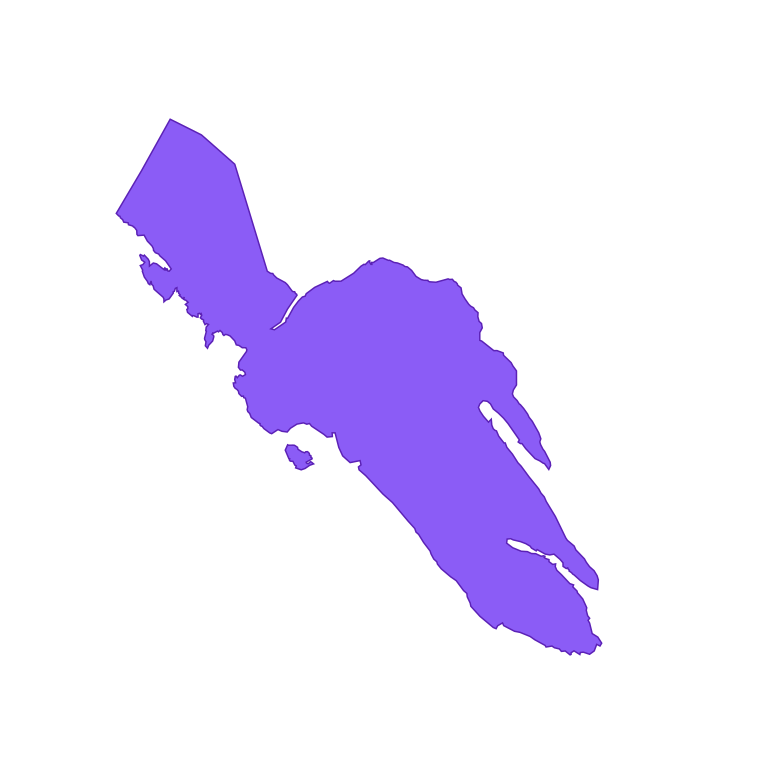 the district of Lyngen nor, Troms, Norway, rotated 128°
{"feature_id": "86288312B24921561512033", "entity_name": "Lyngen nor", "entity_type": "district", "adm_level": 2, "iso_a3": "NOR", "parent_name": "Norway", "parent_adm1": "Troms", "projection": "albers", "projection_center": [20.09, 69.689], "detail": "fine", "context": "isolated", "style": "filled", "palette": "violet", "viewbox_px": 768, "rotation_deg": 128, "n_neighbors": 0, "source": "geoboundaries", "source_scale": "gbopen_adm2", "svg_char_len": 6139}
<svg xmlns="http://www.w3.org/2000/svg" viewBox="0 0 768 768"><g transform="rotate(128 384 384)"><path d="M307.0,715.5L365.2,706.4L414.4,700.0L414.9,696.5L414.4,695.3L415.3,694.1L415.4,691.1L416.7,688.7L414.5,684.9L415.8,683.4L414.2,679.3L414.5,678.1L414.2,677.2L415.2,673.4L418.2,670.8L418.6,669.3L414.4,664.7L417.1,658.4L418.1,651.7L419.3,649.1L420.6,647.9L421.3,645.0L420.3,641.6L421.0,639.5L421.4,632.0L424.3,622.5L427.3,622.7L428.0,623.7L426.8,625.8L427.6,626.8L427.4,628.2L428.2,628.2L428.5,626.1L429.3,627.3L429.3,637.2L430.7,640.3L435.5,641.4L432.0,644.2L430.8,646.7L430.0,652.2L431.2,652.2L432.0,655.7L433.0,655.6L435.5,651.3L435.3,647.5L438.3,647.5L440.7,649.0L442.8,644.3L443.9,643.9L447.3,638.7L448.8,633.6L450.0,631.5L449.9,629.6L446.2,631.0L448.5,628.4L448.7,626.5L450.9,623.5L451.6,611.5L452.4,609.9L454.7,608.0L452.0,607.5L449.3,605.7L442.2,606.0L441.2,606.8L440.0,606.3L437.1,607.3L435.6,606.5L438.7,604.1L437.4,603.1L438.9,601.6L439.3,599.6L440.3,599.8L440.4,596.7L440.7,596.0L440.5,594.9L438.4,594.8L440.6,594.1L440.4,592.6L440.0,591.9L440.2,588.7L443.6,589.5L443.8,586.3L445.5,584.9L446.6,585.3L448.5,582.9L448.7,576.7L447.9,576.9L447.2,575.7L446.5,572.6L445.8,571.7L443.1,573.8L441.7,572.7L442.2,571.6L441.1,571.4L442.1,569.9L444.9,569.5L445.1,567.6L444.7,566.8L444.7,565.5L445.7,565.0L447.4,561.6L445.7,561.1L445.1,559.0L448.7,559.1L451.8,557.2L451.8,556.4L458.4,553.6L459.4,552.6L460.3,550.3L463.9,548.3L464.5,545.1L461.4,546.0L455.6,545.5L451.5,547.2L450.6,548.3L450.7,550.1L449.1,550.3L448.9,549.6L444.9,547.8L444.8,546.5L442.8,546.2L443.0,543.2L444.2,541.4L444.3,540.0L442.6,539.5L441.7,538.0L440.9,534.9L441.9,528.2L444.1,524.5L442.9,522.0L442.7,518.1L440.5,515.2L441.4,513.2L443.0,512.4L456.1,511.8L460.5,509.0L461.4,505.7L460.2,504.3L460.4,500.9L461.9,499.0L465.0,500.2L465.3,502.8L466.1,503.4L469.4,503.5L468.9,505.5L469.6,505.9L472.4,504.4L474.4,501.7L476.0,503.4L478.3,500.9L479.0,498.7L478.8,496.6L479.2,494.5L480.9,492.4L481.4,488.6L480.1,487.3L481.1,486.1L480.5,484.5L485.8,477.4L488.5,476.0L489.6,474.3L489.9,471.7L492.1,468.0L492.0,458.7L491.5,457.3L492.6,456.6L492.8,455.1L492.4,453.9L493.1,451.2L492.9,443.9L492.3,441.9L485.2,439.5L484.1,435.3L481.4,430.7L476.5,430.5L469.2,427.9L464.2,423.5L463.2,420.1L461.0,418.4L461.8,415.1L460.7,400.3L460.9,396.2L457.2,392.3L454.4,394.8L452.6,392.5L461.8,380.6L466.1,372.3L466.8,362.3L459.1,355.7L461.9,352.3L465.1,353.1L467.0,350.8L467.5,341.8L471.4,316.9L472.2,304.4L477.3,280.2L478.9,270.8L481.0,267.6L481.2,264.1L484.5,255.2L487.2,244.9L489.0,242.2L491.3,237.0L491.6,232.9L493.0,231.0L494.4,225.1L494.9,212.7L494.5,206.0L497.8,194.1L498.0,189.8L500.5,187.3L503.5,181.3L505.7,178.7L508.0,165.3L508.6,148.0L507.8,145.0L504.5,145.6L499.3,143.5L500.7,140.9L498.5,128.9L496.0,124.0L493.0,113.5L492.7,107.7L490.8,96.1L491.5,94.4L487.1,90.3L486.9,87.3L484.8,82.7L485.5,79.6L482.8,76.8L482.9,70.6L481.9,70.1L480.6,71.1L477.3,70.0L476.6,63.1L474.7,64.0L472.6,61.8L470.4,55.6L464.9,54.0L458.2,56.1L457.5,52.5L454.2,52.9L451.8,59.7L452.5,66.3L445.8,74.8L444.6,77.7L442.0,77.7L441.2,80.9L437.8,85.3L435.5,86.5L431.0,95.1L429.4,103.1L428.3,104.4L427.6,110.3L425.6,110.9L426.9,114.7L425.0,126.8L424.4,133.1L422.5,136.6L420.1,138.0L422.3,140.0L422.4,144.6L420.8,145.9L421.9,148.8L422.1,150.9L420.7,151.1L421.1,152.4L423.0,154.2L424.3,160.0L426.8,163.4L427.8,167.8L431.3,172.9L433.8,181.8L433.9,189.4L430.4,191.5L427.9,188.9L427.3,186.2L424.2,179.5L422.5,174.0L421.8,169.1L422.5,166.7L421.8,161.3L420.2,161.4L418.8,152.3L416.6,148.1L413.4,145.3L413.8,137.3L414.7,132.9L417.5,130.6L417.2,126.8L415.8,126.0L416.6,124.7L416.6,123.3L417.4,123.0L417.2,120.2L417.6,118.0L417.4,116.7L418.0,108.3L417.6,98.9L417.1,95.5L414.5,89.1L406.4,94.5L403.9,98.0L401.8,103.5L401.4,109.6L399.9,114.9L398.4,118.4L396.6,130.7L394.6,134.4L394.3,143.2L393.4,146.0L382.9,167.4L376.7,183.8L374.3,188.2L373.3,193.2L371.4,197.5L367.9,212.5L364.3,225.4L363.6,230.0L360.2,239.6L358.3,248.2L355.8,252.2L356.6,253.2L354.5,261.5L351.7,266.5L352.2,268.3L352.0,270.4L350.0,273.8L345.7,277.8L349.7,278.2L348.2,285.8L346.3,291.6L344.3,295.2L340.7,296.2L336.1,295.6L334.0,291.9L334.1,287.9L336.4,282.5L336.5,276.1L337.3,268.9L338.8,262.0L344.7,242.9L347.1,242.6L347.0,239.9L346.0,238.6L347.7,232.5L349.8,219.0L348.7,214.1L348.4,209.8L347.9,208.5L349.9,201.5L345.7,202.5L343.3,204.9L338.2,215.9L337.5,218.7L335.4,223.2L333.7,225.6L330.6,226.7L327.2,232.0L322.1,244.2L320.9,249.2L319.3,252.3L317.3,258.9L316.3,264.0L316.5,265.0L315.1,268.9L314.4,273.9L312.8,276.7L309.0,278.4L303.2,279.0L292.1,287.7L290.4,293.6L288.9,297.0L287.8,307.4L286.1,309.2L288.1,315.5L290.1,318.0L290.0,333.4L290.6,335.4L284.5,340.2L279.3,341.1L276.3,344.4L276.1,347.6L273.2,351.5L269.9,353.8L269.7,358.0L268.8,360.4L269.3,363.6L269.0,366.3L267.1,372.5L265.0,377.9L260.8,382.5L260.8,386.8L260.0,387.8L259.5,390.0L260.0,391.8L259.4,394.6L261.2,396.6L261.7,398.2L271.8,405.7L275.4,411.0L275.7,412.4L275.3,413.2L277.6,416.3L278.8,419.0L279.5,425.0L277.5,432.1L277.3,437.6L278.6,440.0L278.5,442.0L280.3,447.8L282.1,451.0L283.0,455.8L283.9,456.7L285.4,462.4L287.5,464.6L294.8,467.2L295.8,468.6L297.2,467.2L297.8,468.0L296.8,470.4L295.8,471.1L296.5,471.7L301.5,472.3L302.0,473.5L305.4,474.7L315.4,476.1L329.5,481.2L333.2,485.9L333.6,487.5L338.1,488.9L338.4,490.0L338.0,491.8L350.5,498.1L360.7,500.9L363.3,500.2L365.7,501.9L371.4,502.5L379.2,502.4L391.7,500.4L392.2,501.5L395.7,499.6L408.7,503.7L410.2,507.1L399.0,503.6L384.2,506.2L367.6,507.2L367.0,508.2L367.2,509.4L366.3,511.2L367.3,512.7L367.3,513.8L365.2,521.3L364.9,524.3L366.5,533.7L366.1,537.7L365.4,539.7L366.6,541.4L367.0,545.4L302.7,636.9L300.1,681.2L307.0,715.5ZM499.2,394.2L493.8,392.5L490.3,390.3L490.2,393.1L490.5,394.1L493.4,394.6L494.0,395.8L493.9,396.7L493.5,397.2L487.4,394.6L486.7,395.0L486.8,396.5L485.7,397.1L485.5,397.8L486.0,398.8L484.7,400.1L484.4,401.6L484.5,402.8L485.7,404.0L487.0,404.1L488.0,407.0L488.4,411.6L487.1,413.2L487.4,416.8L488.1,417.9L491.0,421.5L491.2,422.5L496.9,421.1L501.4,413.0L501.0,412.3L502.1,411.8L502.5,410.4L501.0,408.1L502.8,404.4L502.6,402.7L504.5,402.0L502.6,396.4L499.2,394.2Z" fill="#8b5cf6" stroke="#5b21b6" stroke-width="1.5"/></g></svg>